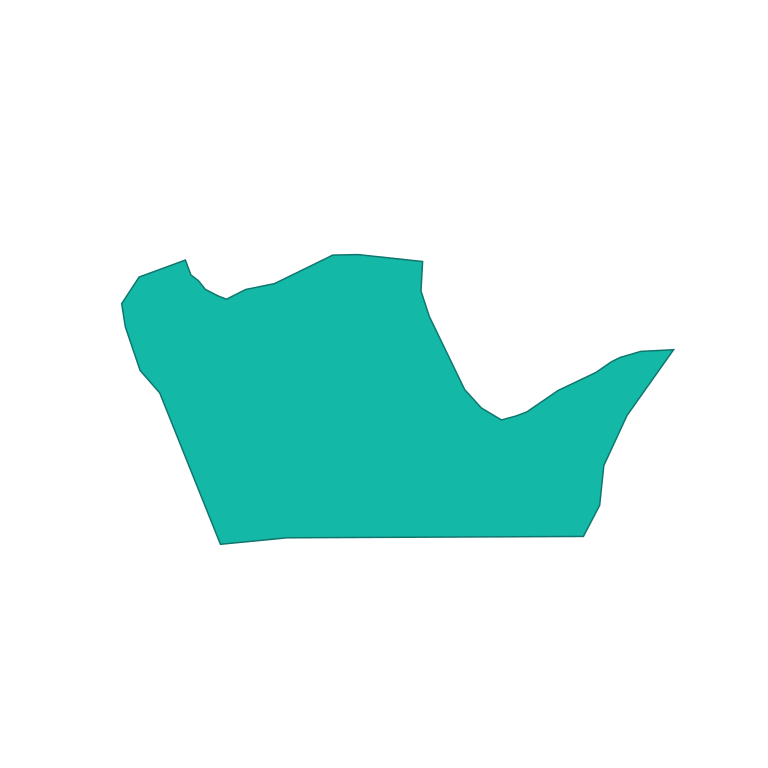 an SVG outline of Ribnica, rotated 135°
{"feature_id": "SVN-218", "entity_name": "Ribnica", "entity_type": "Municipality", "adm_level": 1, "iso_a3": "SVN", "parent_name": "Slovenia", "parent_adm1": "", "projection": "orthographic", "projection_center": [14.692, 45.729], "detail": "fine", "context": "isolated", "style": "filled", "palette": "teal", "viewbox_px": 768, "rotation_deg": 135, "n_neighbors": 0, "source": "natural_earth", "source_scale": "10m", "svg_char_len": 603}
<svg xmlns="http://www.w3.org/2000/svg" viewBox="0 0 768 768"><g transform="rotate(135 384 384)"><path d="M155.0,203.5L234.4,189.9L286.2,170.9L317.3,145.7L350.8,135.2L561.4,343.9L613.0,386.3L548.9,536.3L546.9,566.0L526.5,607.3L512.7,626.3L481.5,632.8L436.8,612.1L443.4,597.7L442.2,588.2L443.4,577.2L439.2,564.0L435.5,555.4L414.9,548.6L390.4,532.4L329.1,511.4L310.8,493.8L270.1,443.3L292.1,423.6L304.2,399.7L330.9,323.0L332.1,298.2L326.4,275.6L313.6,268.2L302.8,263.3L265.4,256.3L225.9,242.3L207.4,238.9L198.0,235.7L179.4,225.5L155.0,203.5Z" fill="#14b8a6" stroke="#0f766e" stroke-width="1.5"/></g></svg>